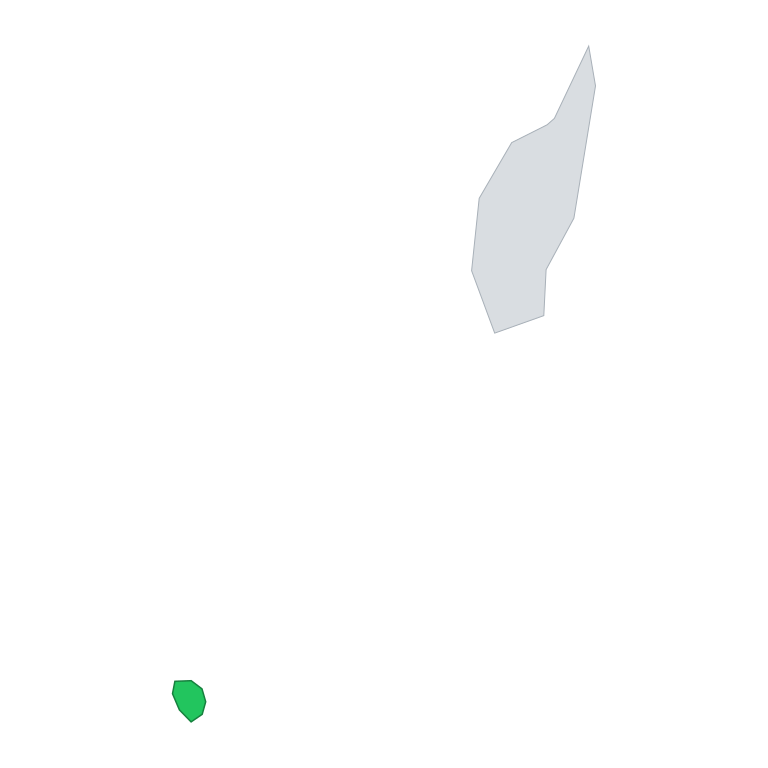 Angaur on a map of Palau (orthographic projection)
{"feature_id": "PLW-5246", "entity_name": "Angaur", "entity_type": "state/province", "adm_level": 1, "iso_a3": "PLW", "parent_name": "Palau", "parent_adm1": "", "projection": "orthographic", "projection_center": [134.158, 6.91], "detail": "fine", "context": "in_parent", "style": "filled", "palette": "green", "viewbox_px": 768, "rotation_deg": 0, "n_neighbors": 0, "source": "natural_earth", "source_scale": "10m", "svg_char_len": 444}
<svg xmlns="http://www.w3.org/2000/svg" viewBox="0 0 768 768"><path d="M543.8,315.6L494.7,333.1L471.6,270.7L479.2,198.3L511.7,142.6L547.1,124.8L554.4,118.4L588.7,46.1L595.5,85.9L573.9,218.2L546.1,269.6L543.8,315.6Z" fill="#d9dde1" stroke="#a8b0b8" stroke-width="1"/><path d="M191.1,721.9L179.4,709.9L172.5,693.7L174.9,681.3L191.2,680.7L202.0,688.9L205.7,701.8L202.2,714.3L191.1,721.9Z" fill="#22c55e" stroke="#15803d" stroke-width="1.5"/></svg>